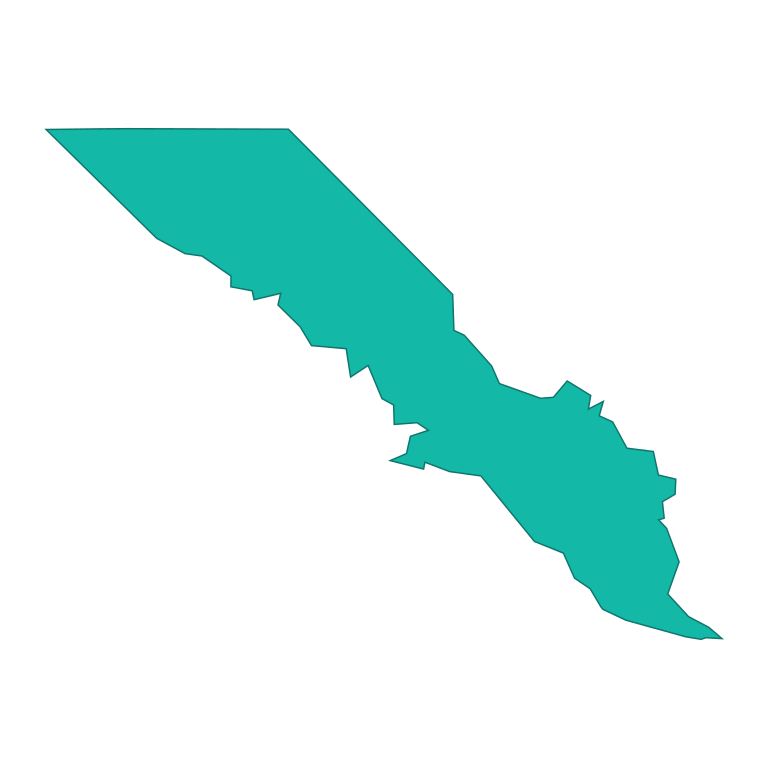 the district of Camden, North Carolina, United States of America
{"feature_id": "52423323B68904174883849", "entity_name": "Camden", "entity_type": "district", "adm_level": 2, "iso_a3": "USA", "parent_name": "United States of America", "parent_adm1": "North Carolina", "projection": "mercator", "projection_center": [-76.151, 36.357], "detail": "fine", "context": "isolated", "style": "filled", "palette": "teal", "viewbox_px": 768, "rotation_deg": 0, "n_neighbors": 0, "source": "geoboundaries", "source_scale": "gbopen_adm2", "svg_char_len": 968}
<svg xmlns="http://www.w3.org/2000/svg" viewBox="0 0 768 768"><path d="M46.1,129.5L99.4,181.9L156.8,238.4L185.0,253.6L201.9,256.0L231.0,276.0L230.9,286.8L252.2,290.8L254.1,299.7L280.7,293.3L278.0,305.0L300.2,326.8L311.5,345.6L346.2,348.7L350.6,377.0L368.1,365.4L382.0,398.6L393.7,405.0L394.2,424.4L417.0,422.7L428.4,430.3L410.4,436.3L406.5,453.6L390.2,460.6L423.6,469.1L424.9,462.2L449.7,471.6L480.9,475.9L534.5,541.5L563.4,553.1L574.5,578.1L590.2,588.8L600.9,606.8L603.0,609.4L626.2,620.3L685.8,636.8L701.1,639.3L706.0,637.7L721.9,638.6L709.0,627.5L688.5,616.6L667.7,594.0L679.1,561.9L666.6,528.4L658.6,519.8L664.2,518.2L662.4,501.7L675.1,494.2L675.8,479.2L658.4,475.0L653.3,451.5L626.9,448.2L612.7,422.0L599.2,415.8L603.3,401.4L588.4,409.1L590.7,395.5L567.2,381.0L553.4,397.3L540.5,398.3L499.4,383.6L491.7,366.1L464.3,335.3L453.9,330.4L452.7,294.5L288.4,129.2L221.1,129.0L127.1,128.7L99.2,128.9L46.1,129.5Z" fill="#14b8a6" stroke="#0f766e" stroke-width="1.5"/></svg>